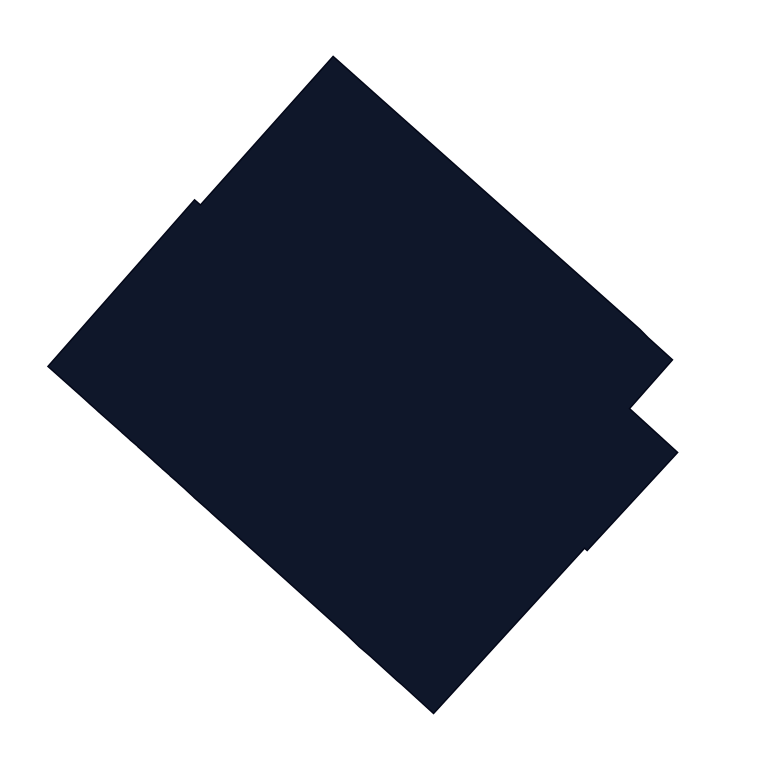 Logan, Colorado, United States of America (orthographic projection), rotated 222°
{"feature_id": "52423323B37664223028428", "entity_name": "Logan", "entity_type": "district", "adm_level": 2, "iso_a3": "USA", "parent_name": "United States of America", "parent_adm1": "Colorado", "projection": "orthographic", "projection_center": [-103.051, 40.719], "detail": "fine", "context": "isolated", "style": "filled", "palette": "ink", "viewbox_px": 768, "rotation_deg": 222, "n_neighbors": 0, "source": "geoboundaries", "source_scale": "gbopen_adm2", "svg_char_len": 819}
<svg xmlns="http://www.w3.org/2000/svg" viewBox="0 0 768 768"><g transform="rotate(222 384 384)"><path d="M575.5,593.7L641.0,593.4L640.2,394.2L648.0,394.1L647.6,361.1L645.5,172.2L597.0,172.5L588.5,172.4L581.7,172.5L577.8,172.4L547.5,172.7L545.8,172.6L536.7,172.7L535.1,172.6L525.8,172.9L524.7,172.7L514.6,172.8L513.6,172.8L503.8,172.8L502.9,172.7L493.0,172.8L492.1,172.7L482.2,172.9L481.3,172.7L472.9,172.9L472.3,172.9L471.3,172.9L470.7,172.8L460.6,172.9L459.9,172.8L450.1,172.7L449.0,172.6L428.4,172.8L425.7,172.7L417.5,172.7L416.6,172.7L407.0,172.8L406.3,172.8L245.5,172.8L244.2,172.8L234.5,172.5L226.4,172.2L212.3,172.6L175.8,172.4L169.7,172.6L126.7,172.3L125.1,396.2L121.6,396.2L120.0,529.6L185.1,530.0L185.8,595.0L219.0,595.1L230.4,595.8L575.5,593.7Z" fill="#0f172a" stroke="#020617" stroke-width="1.5"/></g></svg>